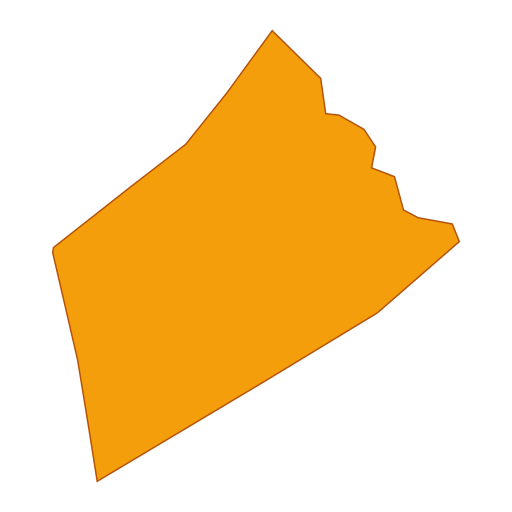 Clay, West Virginia, United States of America (Albers equal-area conic projection)
{"feature_id": "52423323B8286082646213", "entity_name": "Clay", "entity_type": "district", "adm_level": 2, "iso_a3": "USA", "parent_name": "United States of America", "parent_adm1": "West Virginia", "projection": "albers", "projection_center": [-81.025, 38.466], "detail": "fine", "context": "isolated", "style": "filled", "palette": "amber", "viewbox_px": 512, "rotation_deg": 0, "n_neighbors": 0, "source": "geoboundaries", "source_scale": "gbopen_adm2", "svg_char_len": 412}
<svg xmlns="http://www.w3.org/2000/svg" viewBox="0 0 512 512"><path d="M403.5,210.0L394.5,176.7L371.6,167.9L375.6,147.0L364.0,129.4L338.9,115.1L325.7,113.7L320.7,78.4L272.2,30.7L226.8,93.0L185.7,144.3L130.4,187.0L53.5,247.5L52.7,252.6L77.6,359.8L88.3,425.1L97.2,481.3L213.4,411.9L263.1,382.2L377.3,312.9L459.3,241.6L452.3,224.0L418.0,217.7L403.5,210.0Z" fill="#f59e0b" stroke="#b45309" stroke-width="1.5"/></svg>